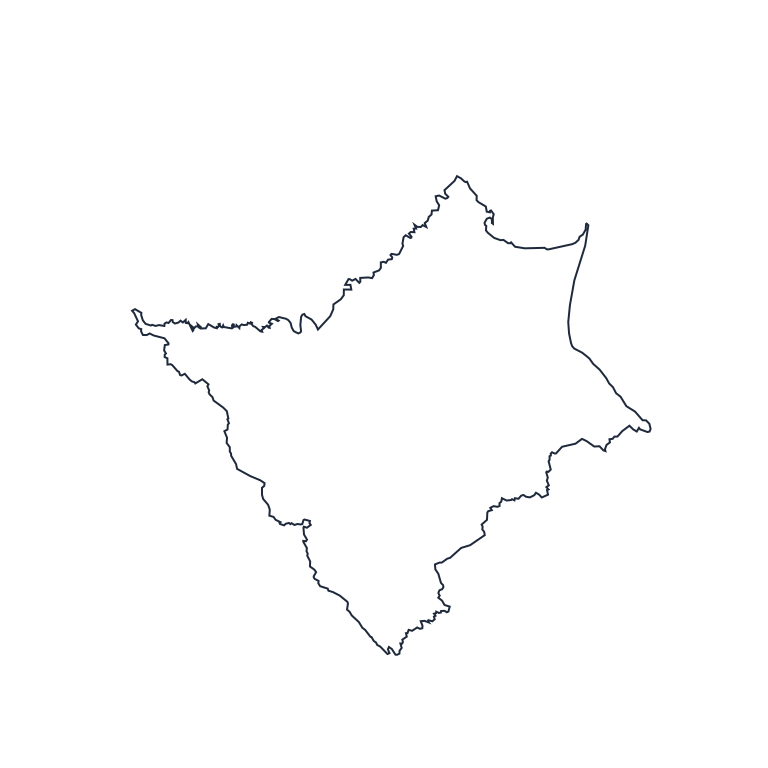 Soanierana Ivongo, Analanjirofo, Madagascar (Equal Earth projection), rotated 298°
{"feature_id": "10022922B56427545477040", "entity_name": "Soanierana Ivongo", "entity_type": "district", "adm_level": 2, "iso_a3": "MDG", "parent_name": "Madagascar", "parent_adm1": "Analanjirofo", "projection": "equal_earth", "projection_center": [49.223, -16.67], "detail": "fine", "context": "isolated", "style": "outline", "palette": "slate", "viewbox_px": 768, "rotation_deg": 298, "n_neighbors": 0, "source": "geoboundaries", "source_scale": "gbopen_adm2", "svg_char_len": 6166}
<svg xmlns="http://www.w3.org/2000/svg" viewBox="0 0 768 768"><g transform="rotate(298 384 384)"><path d="M330.4,127.2L329.3,130.1L323.8,137.4L320.0,137.0L318.0,141.3L318.5,143.9L316.4,144.8L314.1,148.1L315.8,151.5L318.6,153.4L318.7,157.9L321.3,168.7L318.8,174.6L317.7,175.1L315.5,172.2L310.4,174.1L308.6,177.1L307.0,176.6L304.8,177.7L305.0,180.7L299.5,183.7L301.3,186.3L301.3,188.1L298.4,195.7L298.6,197.1L296.2,199.8L296.4,201.1L299.5,203.4L296.8,209.9L296.1,213.0L296.6,215.9L295.9,217.1L302.9,221.4L301.3,229.2L299.0,229.2L296.2,232.7L294.5,233.0L293.0,234.8L291.9,238.7L289.4,241.3L287.7,253.1L286.2,258.0L280.4,262.8L279.3,262.3L276.6,265.5L274.7,265.2L270.4,267.2L267.4,265.2L262.8,270.7L258.1,272.7L255.8,277.5L251.8,279.7L250.9,281.5L248.9,282.7L243.8,291.0L240.1,294.1L239.9,309.1L240.9,319.9L240.4,325.1L237.8,326.1L235.1,325.0L228.9,328.3L225.8,331.2L223.0,338.3L219.5,342.1L213.9,344.6L214.8,348.8L213.2,352.1L213.4,357.3L212.5,356.8L211.6,357.9L212.3,362.2L214.4,362.8L216.7,365.3L216.3,367.1L217.7,367.7L217.5,371.2L219.8,373.3L220.7,376.0L221.9,377.6L226.1,376.8L227.0,377.4L228.3,382.9L226.2,383.5L225.2,385.5L220.9,383.4L220.4,380.2L219.4,380.3L213.6,384.0L210.4,389.1L208.5,388.9L207.6,386.4L206.8,386.8L203.0,392.9L200.0,394.1L198.4,396.3L196.4,396.8L192.7,402.1L188.1,404.3L187.4,409.6L186.0,412.4L181.2,412.2L180.1,413.0L179.4,414.3L179.4,418.7L177.3,419.5L175.5,422.5L176.9,430.4L175.4,432.0L176.3,436.5L176.4,444.3L174.5,453.9L173.3,455.2L167.4,457.3L166.8,460.4L164.5,464.2L162.0,473.6L158.6,479.3L158.0,482.9L154.4,490.8L154.7,491.8L152.3,495.6L152.0,498.4L150.4,500.4L150.4,503.9L147.2,513.8L148.9,515.2L151.6,512.0L154.1,511.8L153.7,515.3L150.4,521.2L151.1,522.7L153.2,524.2L155.8,523.0L159.3,523.5L162.6,520.3L163.3,521.9L165.1,521.8L166.9,520.2L171.6,522.7L174.3,520.4L175.1,521.7L178.5,521.2L179.3,524.7L184.6,527.6L184.7,530.6L186.3,532.5L188.6,531.5L191.8,527.8L193.9,531.0L194.5,535.5L195.2,534.1L196.3,534.1L197.2,538.1L200.1,539.2L202.0,537.3L203.5,538.3L204.7,536.0L206.0,537.5L207.5,537.0L207.6,539.9L208.9,541.5L210.4,541.0L212.2,544.1L211.9,546.6L213.4,547.7L218.3,546.5L217.3,541.2L220.0,536.9L220.8,532.3L223.3,532.5L224.9,530.2L226.3,529.9L228.1,529.9L230.1,531.7L232.6,531.8L234.2,530.5L235.1,527.7L242.0,521.0L244.4,516.4L248.6,513.7L252.3,516.8L253.5,518.9L259.4,521.8L261.6,524.0L275.5,529.1L282.1,535.7L297.9,543.9L300.6,541.8L301.7,539.1L304.3,538.1L305.7,536.2L312.4,538.7L319.0,535.6L320.6,535.7L323.2,538.4L324.6,536.0L327.6,538.1L328.8,541.8L330.6,543.3L333.1,541.9L335.2,542.8L338.5,541.7L338.7,547.0L341.2,550.7L342.4,551.1L342.5,553.8L344.6,553.2L345.8,556.6L349.9,557.6L351.5,559.3L351.1,562.2L352.4,566.1L356.4,568.9L359.3,569.2L359.2,572.7L357.9,576.6L363.3,580.8L366.9,577.7L368.1,578.7L369.2,575.8L371.9,577.1L375.1,573.2L378.3,572.5L382.2,568.7L383.2,568.9L383.5,570.4L386.7,571.4L393.1,565.6L394.8,565.8L397.9,564.1L399.2,564.9L400.8,563.9L402.6,564.4L402.7,567.2L403.5,568.5L412.2,570.7L421.2,581.1L428.5,584.6L428.7,589.6L427.5,599.0L430.2,603.5L428.4,608.9L428.7,611.0L430.2,609.7L434.7,609.1L438.5,610.9L441.1,609.0L442.9,611.6L445.7,612.1L447.2,614.8L454.3,616.5L462.4,620.3L460.9,625.4L460.7,629.5L465.0,629.7L464.2,631.5L465.3,639.2L466.7,640.8L469.5,640.5L473.5,636.9L474.9,632.5L473.4,629.3L477.5,618.6L478.2,608.4L483.8,598.9L484.8,593.3L488.7,587.6L490.2,582.5L493.5,577.5L497.9,567.7L500.0,559.2L502.9,553.4L503.7,549.8L504.7,544.1L504.6,535.4L505.7,532.4L508.1,529.8L515.6,523.6L525.2,517.6L541.0,511.1L564.9,503.4L600.6,496.7L620.1,489.9L620.8,487.6L620.2,487.3L614.8,489.6L609.2,489.4L605.9,487.6L602.5,488.1L598.6,486.7L595.9,484.6L580.3,466.3L579.4,464.6L579.6,461.8L569.9,444.6L566.7,435.3L568.7,429.8L567.8,429.7L566.6,427.5L567.3,421.8L565.7,419.4L564.7,412.7L566.3,404.6L567.5,401.9L571.6,400.1L571.9,398.5L573.5,397.1L578.2,397.2L580.6,399.3L580.2,401.9L576.8,403.7L576.6,405.0L582.1,401.9L585.4,401.2L587.5,397.0L586.7,396.3L585.3,396.9L584.4,393.8L588.5,390.6L588.9,382.1L589.8,379.4L593.7,377.5L597.1,368.1L601.6,362.4L600.6,361.2L600.6,359.6L601.7,355.6L601.8,350.9L596.4,350.9L583.5,346.4L580.7,348.8L579.5,352.9L577.9,352.6L576.4,351.1L576.3,344.2L574.0,341.5L570.1,344.7L567.7,348.8L562.8,350.1L559.6,344.9L555.9,346.4L552.6,345.1L548.7,345.9L545.2,344.4L542.5,347.6L542.4,343.5L539.9,342.8L538.4,339.6L538.9,336.2L536.3,339.4L535.1,337.3L532.3,339.6L530.8,336.3L528.5,335.4L527.0,339.1L526.0,339.4L525.3,338.6L525.5,333.3L522.8,332.4L516.6,334.4L514.9,336.1L505.8,336.3L504.1,334.7L502.4,329.5L500.9,329.2L499.6,331.9L497.9,332.3L495.7,329.2L491.9,328.8L491.8,326.4L489.9,324.1L485.1,326.7L482.0,326.3L477.5,322.4L475.5,323.9L471.9,323.8L470.7,320.1L466.5,313.2L463.1,315.1L461.7,314.7L463.4,309.5L460.3,307.4L460.5,304.5L459.9,303.4L453.3,303.2L455.8,307.8L452.0,310.8L448.6,304.2L443.5,306.8L438.6,306.1L430.5,302.0L426.2,304.1L418.7,304.7L401.1,300.1L404.2,296.0L406.1,291.7L406.9,289.6L407.0,282.9L408.4,280.8L406.9,279.4L404.4,279.3L396.7,282.5L391.8,285.9L390.5,286.1L388.4,284.6L388.3,279.5L390.4,276.2L394.2,272.7L395.5,269.4L395.6,266.9L393.8,259.8L391.4,258.1L390.5,259.1L390.5,261.2L389.8,260.9L389.9,256.7L388.7,254.2L384.7,253.3L384.2,253.5L384.5,256.7L381.5,255.5L379.9,256.7L379.6,255.6L380.6,253.2L378.4,252.2L377.6,250.5L377.0,251.8L374.3,250.6L373.0,251.9L372.5,250.1L374.0,243.4L373.7,241.4L374.7,239.1L376.1,238.8L376.0,237.3L374.4,237.2L374.1,235.0L372.1,235.3L370.2,232.6L369.8,230.4L367.1,229.3L365.5,230.0L366.7,226.2L365.5,226.6L363.9,224.6L366.0,223.5L365.7,222.4L364.1,222.3L362.5,224.0L361.7,223.6L359.1,215.8L360.2,214.5L358.1,214.7L357.8,213.8L358.3,211.9L360.0,210.7L359.2,209.8L357.8,211.0L356.3,210.7L356.0,209.6L354.8,210.2L354.1,207.5L354.4,200.7L349.5,200.5L346.9,196.0L347.0,194.4L348.3,195.2L349.2,191.7L348.0,192.9L346.3,190.7L344.1,190.2L344.6,187.8L342.0,190.4L341.0,190.2L346.9,182.2L345.4,181.9L344.9,180.3L347.5,178.8L343.9,177.5L344.4,174.6L341.8,173.7L339.3,171.1L339.5,168.4L341.1,167.3L340.6,165.9L336.7,165.1L336.3,163.1L334.3,161.9L332.1,162.8L330.4,157.7L328.0,155.0L327.4,151.5L326.2,150.7L325.2,145.3L326.9,141.3L330.9,137.2L332.9,136.4L333.2,129.0L330.4,127.2Z" fill="none" stroke="#1e293b" stroke-width="2"/></g></svg>